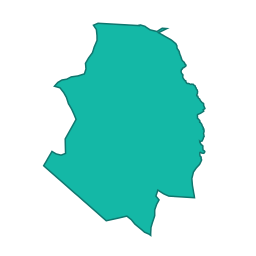 the district of San Lucas Zoquiápam, Oaxaca, Mexico, rotated 97°
{"feature_id": "50627088B48388280535597", "entity_name": "San Lucas Zoquiápam", "entity_type": "district", "adm_level": 2, "iso_a3": "MEX", "parent_name": "Mexico", "parent_adm1": "Oaxaca", "projection": "orthographic", "projection_center": [-96.922, 18.111], "detail": "fine", "context": "isolated", "style": "filled", "palette": "teal", "viewbox_px": 256, "rotation_deg": 97, "n_neighbors": 0, "source": "geoboundaries", "source_scale": "gbopen_adm2", "svg_char_len": 4325}
<svg xmlns="http://www.w3.org/2000/svg" viewBox="0 0 256 256"><g transform="rotate(97 128 128)"><path d="M27.7,170.5L27.8,170.7L30.2,174.8L34.1,171.4L40.2,170.0L41.1,169.9L44.1,169.5L44.9,169.4L46.2,169.8L48.4,170.4L49.7,170.8L50.5,171.0L51.7,171.4L54.0,171.8L54.8,171.9L57.2,172.4L57.5,172.4L63.2,175.6L63.4,175.7L65.0,176.4L66.5,177.0L69.0,178.1L72.1,177.4L72.8,177.3L73.9,177.0L74.4,176.9L77.7,177.5L79.6,177.9L82.4,184.0L84.2,190.6L87.0,194.7L88.4,199.4L91.3,203.2L95.5,206.1L96.4,200.4L100.7,196.1L105.2,192.8L111.3,190.0L112.1,189.3L115.4,186.8L116.8,185.8L117.8,185.2L120.9,183.3L125.7,180.6L128.6,181.7L146.5,189.0L150.7,188.4L160.8,186.9L161.0,187.2L163.1,191.1L162.9,192.7L162.5,196.1L161.2,199.1L160.5,200.6L162.9,201.6L164.9,202.5L166.4,203.1L167.7,203.7L169.9,204.6L171.6,205.3L172.7,205.8L174.2,206.5L174.6,206.6L175.7,207.1L176.1,206.6L180.9,199.6L187.5,189.9L187.6,189.7L190.8,185.0L195.0,178.9L199.2,172.8L201.8,168.8L204.1,165.5L206.2,162.5L208.3,159.3L210.1,156.7L211.6,154.5L222.7,138.3L221.9,136.0L220.7,132.6L218.8,127.2L217.6,123.9L216.6,121.2L215.6,118.4L218.6,113.5L222.5,109.5L226.2,103.7L227.6,101.5L229.4,98.9L230.5,95.2L230.8,94.2L231.8,92.4L230.5,92.6L227.9,92.8L226.3,92.9L224.8,93.0L224.3,93.1L223.6,93.0L221.7,92.7L219.2,92.3L218.7,92.2L213.4,91.1L212.3,90.9L211.8,90.8L211.0,90.9L206.9,91.4L206.2,91.4L205.8,91.5L204.8,91.2L204.1,91.1L200.0,90.2L198.3,89.5L196.0,88.6L195.6,88.4L192.2,92.0L186.0,90.8L189.0,84.5L189.0,84.4L189.5,82.9L189.9,81.6L190.3,80.2L190.6,79.3L190.5,77.2L190.3,74.6L190.3,74.1L190.3,73.7L189.1,53.5L186.5,54.2L184.1,55.0L182.0,55.6L180.7,56.0L177.0,57.1L176.0,57.3L172.7,58.0L170.7,58.4L170.2,58.5L169.0,58.3L165.6,57.9L163.8,57.7L160.5,56.0L159.4,55.4L155.8,52.8L155.3,52.5L153.6,51.9L151.1,51.1L150.6,51.3L150.1,51.2L149.4,51.8L148.4,51.8L147.9,51.9L147.1,53.0L146.0,53.4L145.4,53.5L144.7,53.6L143.9,53.7L143.4,53.5L143.3,53.2L143.5,52.4L143.9,51.7L143.9,50.0L143.7,49.6L143.4,49.3L142.7,49.0L142.1,48.9L141.8,49.0L141.6,49.2L141.0,50.2L140.9,50.5L140.5,50.8L140.4,51.0L140.0,51.1L139.7,51.2L139.4,51.1L139.0,51.2L138.6,51.3L138.3,51.3L138.0,51.5L137.2,51.4L136.4,51.7L136.1,52.1L136.0,52.7L135.7,53.1L135.5,53.3L135.4,53.5L135.1,53.6L135.0,53.8L134.6,54.0L134.3,54.2L133.7,54.9L133.2,55.1L132.7,55.2L133.2,54.7L132.3,54.1L131.9,52.9L131.7,52.8L131.3,52.8L131.0,52.6L130.2,52.3L129.5,52.1L129.1,52.0L127.8,51.9L127.6,51.6L126.9,51.4L126.7,51.6L126.4,51.7L125.6,51.9L124.2,52.4L122.3,52.1L122.0,52.1L120.9,52.3L119.8,52.6L119.9,53.2L119.5,53.2L118.4,53.4L118.3,53.5L116.9,54.5L116.4,54.9L115.6,55.1L115.3,55.3L115.0,55.6L113.3,57.2L113.5,57.6L113.2,57.7L112.4,57.5L111.8,57.8L111.1,58.6L110.2,59.7L110.1,59.8L109.9,60.2L108.4,60.4L107.7,60.5L107.3,60.7L106.2,60.6L105.1,58.8L104.6,57.9L103.1,56.1L102.7,55.6L102.1,54.9L100.6,55.6L99.9,54.6L99.6,54.2L99.2,54.0L97.8,54.9L96.4,55.7L96.0,55.6L95.5,55.8L95.0,55.9L94.7,55.9L94.1,56.6L93.8,57.6L93.5,57.9L93.1,58.2L92.6,59.0L92.0,59.4L91.9,59.5L91.0,60.2L90.5,60.5L89.9,61.5L89.6,61.8L89.3,62.0L89.0,62.3L88.0,62.5L87.7,63.4L87.6,63.7L86.5,63.8L85.4,63.3L84.8,63.4L84.5,63.4L83.7,63.3L83.3,63.4L82.7,63.6L82.1,63.9L81.9,64.0L81.6,64.1L81.2,64.8L80.5,65.1L80.0,65.2L79.7,65.6L79.2,66.0L78.1,66.5L77.8,66.8L77.5,67.8L76.7,68.5L76.7,70.3L77.1,70.8L77.0,71.5L76.8,71.9L76.6,72.6L76.5,73.2L76.4,73.8L76.6,74.3L76.5,75.0L76.2,75.3L75.7,75.7L75.2,76.1L74.1,76.5L74.2,77.0L73.5,77.8L73.2,78.1L72.7,78.7L72.1,79.0L71.4,79.7L71.3,79.8L70.8,79.9L70.4,80.0L70.1,79.9L69.7,79.9L69.5,80.1L68.8,79.9L68.4,80.2L68.2,80.2L67.9,80.6L67.5,81.3L65.7,82.2L64.1,82.1L63.4,82.0L62.9,81.3L62.4,81.2L62.1,81.2L61.5,80.6L61.5,80.3L61.4,80.1L60.9,79.7L60.7,79.4L60.3,79.0L60.0,78.8L59.9,78.5L59.6,78.3L59.3,78.1L58.8,78.1L58.6,78.1L58.2,78.4L58.0,78.5L58.0,78.8L57.8,79.2L57.5,79.3L57.3,79.3L57.1,79.6L56.6,79.8L56.4,80.1L56.1,80.1L55.9,80.4L55.5,80.8L54.9,81.9L54.4,82.2L54.2,82.5L53.5,83.0L53.4,83.1L53.2,83.1L52.3,83.5L52.0,83.8L51.4,83.9L51.3,84.0L49.5,84.9L49.3,85.1L48.9,85.3L47.8,85.8L47.5,86.1L47.0,86.1L46.0,86.5L45.6,86.7L44.6,87.6L44.1,87.9L43.6,88.5L42.7,89.1L42.1,89.2L40.2,89.6L39.9,89.9L38.4,90.9L37.7,92.1L36.7,93.6L35.4,95.7L29.7,109.3L24.6,101.6L24.8,106.2L25.5,107.1L28.7,111.0L27.9,118.0L25.6,122.6L25.0,123.6L24.5,126.6L24.2,128.2L24.6,129.5L25.0,129.3L27.7,170.5Z" fill="#14b8a6" stroke="#0f766e" stroke-width="1.5"/></g></svg>